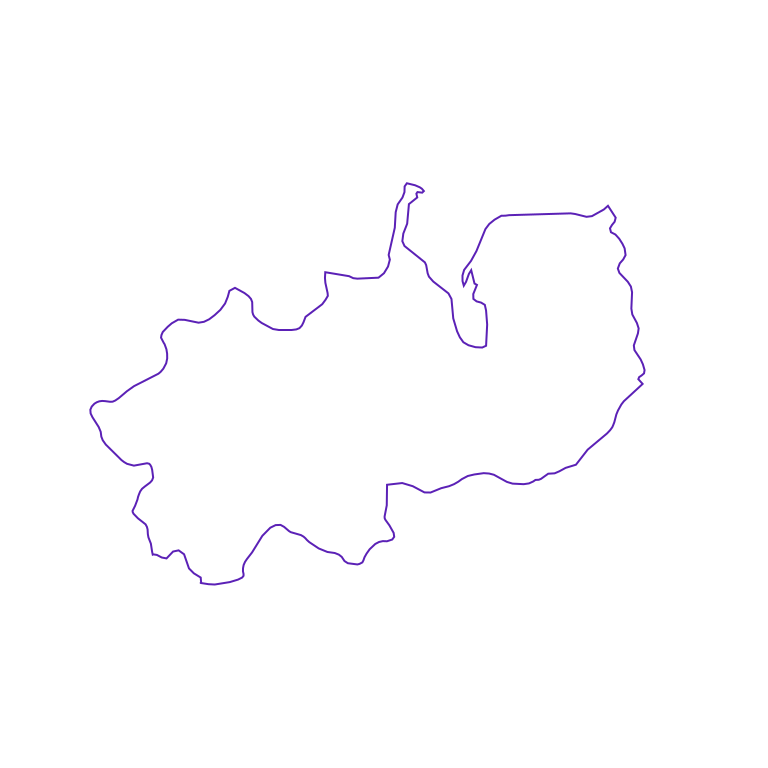 the border of Seti, rotated 226°
{"feature_id": "NPL-1129", "entity_name": "Seti", "entity_type": "District", "adm_level": 1, "iso_a3": "NPL", "parent_name": "Nepal", "parent_adm1": "", "projection": "albers", "projection_center": [81.176, 29.231], "detail": "fine", "context": "isolated", "style": "outline", "palette": "violet", "viewbox_px": 768, "rotation_deg": 226, "n_neighbors": 0, "source": "natural_earth", "source_scale": "10m", "svg_char_len": 3884}
<svg xmlns="http://www.w3.org/2000/svg" viewBox="0 0 768 768"><g transform="rotate(226 384 384)"><path d="M368.2,114.0L368.3,114.6L372.1,117.7L379.9,115.7L386.8,115.6L400.4,121.9L407.0,120.7L410.0,115.9L409.6,106.4L413.6,103.6L418.8,101.9L421.6,99.8L421.9,99.1L424.6,100.8L431.1,105.4L437.3,108.0L440.0,109.8L443.6,112.9L445.9,114.2L448.7,115.0L458.3,113.7L464.7,113.7L466.5,114.3L467.4,115.0L469.3,120.4L472.2,126.5L473.6,128.6L474.8,131.0L476.1,134.0L476.7,137.2L476.4,140.9L475.6,147.3L475.8,150.2L477.1,153.0L483.3,157.6L486.0,159.1L488.3,159.7L489.7,159.7L491.6,158.5L499.0,147.4L505.1,143.7L508.4,142.8L511.7,142.3L533.7,141.8L538.9,142.6L542.5,144.1L546.4,147.0L551.3,148.9L562.6,151.2L566.6,152.5L569.5,154.9L570.8,158.1L571.0,162.0L570.4,164.7L569.3,167.2L567.6,169.5L565.4,171.5L561.5,174.6L559.8,176.5L558.8,179.2L558.1,183.3L557.4,194.1L556.1,202.7L548.1,228.9L547.9,231.8L548.3,235.9L550.2,241.7L553.0,245.8L556.4,249.0L560.1,251.6L565.0,253.8L566.5,254.1L572.2,255.8L573.8,257.9L575.1,261.0L575.4,268.2L575.1,273.5L573.3,280.6L568.6,285.2L556.9,293.2L553.8,297.7L552.0,303.2L551.2,309.9L551.0,317.8L552.3,325.6L555.2,332.1L558.4,337.5L556.7,343.6L546.4,346.8L541.3,347.6L537.6,347.4L534.5,346.1L527.1,339.3L524.9,338.1L522.6,337.5L517.0,337.7L512.9,338.4L500.7,342.3L496.0,345.8L487.0,355.1L484.2,358.8L482.9,362.0L483.1,365.5L484.3,368.9L486.8,374.2L484.3,395.0L485.2,400.4L486.4,404.8L488.6,406.6L497.5,412.1L501.3,415.2L505.2,419.4L485.8,433.8L481.5,435.4L478.3,438.0L464.3,453.9L463.7,460.9L465.7,468.5L469.4,474.6L473.6,477.0L488.9,500.3L499.5,511.8L503.7,518.6L505.3,526.8L507.8,532.0L511.8,536.1L512.5,539.9L505.4,544.4L500.6,546.4L498.1,546.9L495.1,546.7L495.1,544.4L498.8,541.4L498.4,539.5L495.1,537.5L496.1,526.9L483.2,512.0L478.8,502.4L474.0,496.4L469.0,494.6L443.1,497.9L440.2,496.9L433.3,492.3L430.0,490.9L423.5,490.6L404.4,493.3L398.3,491.6L383.1,479.4L371.2,473.2L364.9,471.0L358.9,470.1L353.2,471.7L346.9,475.4L342.0,480.0L340.6,484.0L355.1,499.5L366.0,508.5L370.9,511.5L375.1,510.4L379.1,508.0L383.1,507.4L386.7,510.7L390.7,519.7L393.4,518.9L405.3,525.8L404.2,521.5L400.5,514.0L399.3,509.7L403.5,512.0L407.5,515.8L410.4,520.9L412.1,532.1L415.4,542.8L425.0,564.6L426.0,570.9L425.4,577.7L423.5,585.3L420.7,588.3L418.6,591.2L377.1,636.8L373.5,639.6L363.6,645.8L360.3,650.2L356.8,663.4L356.6,668.9L342.7,666.2L340.5,662.6L340.0,658.4L339.0,654.7L335.5,652.7L330.8,654.3L325.1,654.1L319.2,652.9L314.4,651.3L308.9,647.3L307.4,642.5L307.0,637.4L304.6,632.4L300.4,630.5L288.2,630.4L282.6,629.3L277.7,626.2L266.4,614.3L261.5,610.9L252.2,608.3L247.1,605.8L244.0,601.8L238.2,590.5L234.4,587.7L223.4,585.7L218.3,583.9L213.0,581.1L211.0,578.4L211.2,575.3L211.7,572.3L210.8,570.3L204.4,570.1L204.4,569.3L205.0,544.6L204.4,540.5L202.4,533.9L200.7,530.0L196.5,523.1L195.1,520.1L194.3,518.1L193.7,514.5L193.5,510.1L195.3,484.9L192.6,466.0L197.5,456.4L199.4,449.5L201.2,444.7L205.4,439.8L206.7,431.0L207.6,428.8L209.8,426.3L210.2,423.7L211.8,419.2L214.9,414.9L223.0,407.3L228.2,404.4L242.4,400.0L246.6,397.4L250.6,393.8L256.2,386.1L259.6,380.4L261.5,373.9L262.1,369.6L263.3,364.8L265.3,359.8L269.3,352.8L273.6,342.1L277.9,337.8L290.5,333.7L300.1,328.3L309.4,316.2L294.8,301.7L288.5,292.7L287.9,292.0L286.7,291.1L285.0,290.6L278.6,289.7L270.2,287.5L267.0,285.2L266.4,281.9L268.8,276.9L271.8,274.0L273.8,270.7L275.0,266.6L275.1,258.9L274.1,253.6L272.9,249.6L271.4,246.6L270.7,244.5L271.6,241.4L272.7,239.5L280.2,233.5L284.1,232.6L289.0,233.5L292.6,233.0L296.6,231.2L302.5,226.6L311.1,222.8L322.2,220.4L325.2,220.2L327.8,220.3L330.1,220.1L333.0,219.3L342.2,214.0L344.2,213.5L350.6,212.9L354.5,211.7L357.8,208.0L359.6,202.4L359.3,191.0L354.5,172.1L353.3,163.8L352.6,160.5L351.3,157.3L349.4,154.6L347.2,152.4L344.9,151.0L343.6,149.7L343.3,147.5L344.7,143.1L348.6,135.5L357.3,123.0L361.9,118.7L368.1,114.0L368.2,114.0Z" fill="none" stroke="#5b21b6" stroke-width="2"/></g></svg>